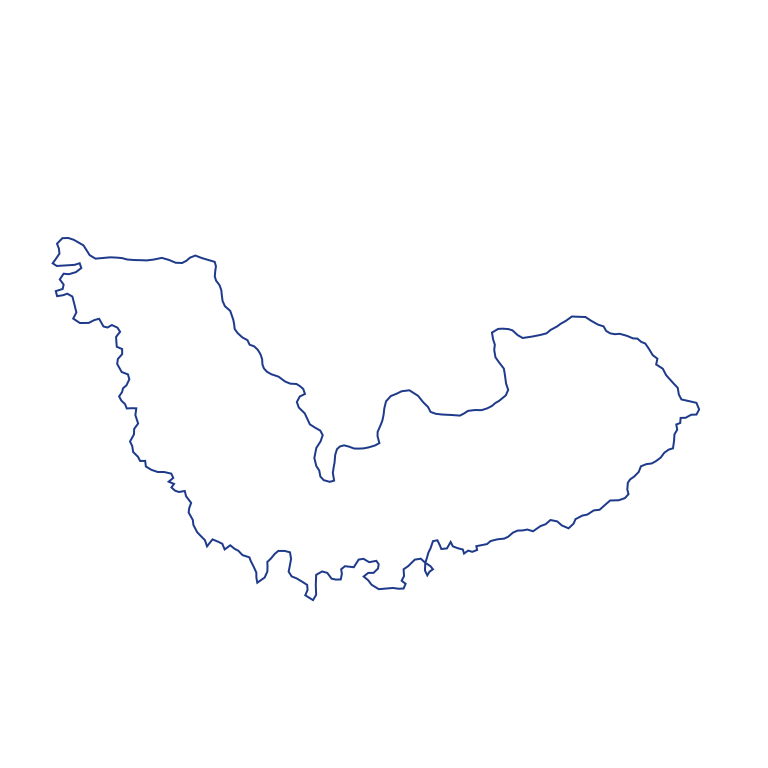 the district of Edealina, Goiás, Brazil, rotated 79°
{"feature_id": "56859067B36713629939806", "entity_name": "Edealina", "entity_type": "district", "adm_level": 2, "iso_a3": "BRA", "parent_name": "Brazil", "parent_adm1": "Goiás", "projection": "orthographic", "projection_center": [-49.745, -17.405], "detail": "fine", "context": "isolated", "style": "outline", "palette": "blue", "viewbox_px": 768, "rotation_deg": 79, "n_neighbors": 0, "source": "geoboundaries", "source_scale": "gbopen_adm2", "svg_char_len": 4930}
<svg xmlns="http://www.w3.org/2000/svg" viewBox="0 0 768 768"><g transform="rotate(79 384 384)"><path d="M469.1,79.5L462.1,80.9L458.6,88.8L455.9,95.0L450.6,96.6L443.8,96.4L438.8,99.6L429.1,105.4L422.2,107.4L416.8,113.1L411.3,110.8L407.0,114.7L399.9,117.3L394.1,119.8L391.8,123.4L387.8,126.6L386.7,130.9L383.1,136.3L379.7,143.0L379.2,147.7L377.5,152.2L374.3,155.8L369.4,157.4L366.4,162.8L361.0,169.1L356.7,173.4L355.4,179.1L353.6,186.7L356.7,193.4L358.6,199.1L360.5,203.1L362.7,210.1L365.3,214.8L365.7,221.8L365.7,229.9L365.3,239.1L361.6,243.4L355.8,247.7L353.8,251.5L352.3,257.1L351.7,261.4L354.1,268.2L360.8,268.4L366.6,267.7L371.5,269.3L379.0,269.5L384.2,267.2L391.8,263.4L398.4,263.6L407.0,264.1L413.4,263.2L418.4,266.6L422.5,274.2L424.0,278.5L426.1,282.1L427.6,287.3L428.3,293.2L426.9,299.7L426.4,306.7L428.3,311.3L429.5,315.6L427.6,322.5L426.5,326.9L425.0,333.0L423.1,338.9L420.3,343.6L414.9,345.2L409.4,349.0L402.1,352.8L395.0,360.3L394.5,368.1L396.0,373.7L397.1,379.6L401.4,385.3L408.1,388.4L413.9,390.2L419.2,392.4L423.3,394.9L429.8,399.4L434.0,400.3L441.1,399.8L442.6,404.4L443.3,411.1L443.3,416.3L442.6,421.2L441.6,425.7L438.7,430.5L436.6,434.9L436.9,439.2L439.0,442.6L444.2,445.4L451.9,447.6L455.6,449.1L461.5,451.2L469.3,451.4L469.7,455.9L466.9,461.5L462.8,464.1L456.6,464.1L451.6,466.1L443.3,466.5L433.8,462.6L428.2,457.2L422.5,453.9L417.5,455.5L413.9,459.8L409.4,464.5L397.7,467.4L390.9,472.1L385.1,473.0L380.2,469.1L378.7,463.5L373.5,464.2L370.2,466.8L367.3,469.9L365.8,475.9L362.8,480.5L356.7,486.1L352.9,492.8L349.5,496.7L345.8,498.9L341.7,499.6L336.3,498.9L331.1,499.6L326.3,501.4L322.2,504.3L319.8,508.4L314.9,509.7L311.2,514.2L305.9,518.1L301.4,520.1L296.8,519.7L292.1,519.7L282.9,521.0L277.3,525.3L271.8,526.6L267.7,526.4L260.8,525.8L255.6,526.6L250.5,529.1L246.2,529.6L241.3,528.2L236.3,526.5L231.8,526.9L229.6,531.1L225.6,538.8L221.9,544.7L223.0,550.4L225.3,554.4L226.7,559.1L225.2,565.4L221.3,571.2L217.8,578.0L217.9,586.6L217.4,593.3L215.9,599.8L214.8,605.0L212.8,612.3L210.4,617.2L208.9,622.4L207.4,628.6L206.6,636.6L205.9,643.3L201.4,648.3L190.5,652.6L183.2,661.1L180.4,666.1L179.5,671.9L183.9,678.2L189.0,677.3L194.1,677.7L199.5,683.2L202.3,686.2L205.7,682.7L207.2,671.2L208.0,664.9L207.4,659.7L212.4,659.0L215.4,665.1L216.1,672.3L214.6,677.5L219.5,682.3L225.3,679.5L229.4,681.3L230.2,688.5L235.4,688.1L235.6,682.0L234.9,677.7L238.7,673.2L245.4,672.8L255.0,672.3L260.5,676.6L266.1,670.9L267.7,662.2L266.0,656.3L265.6,651.2L274.0,648.4L275.8,644.6L274.2,639.9L277.8,634.9L282.4,633.1L286.6,638.0L291.7,638.7L296.5,639.2L299.7,634.4L304.7,635.3L308.7,640.5L313.4,642.1L322.2,639.2L325.7,633.5L330.8,633.1L336.2,637.1L338.4,641.0L342.0,642.7L345.6,646.4L350.2,645.0L354.2,642.1L358.9,641.2L359.6,636.4L360.6,631.8L367.1,634.0L375.9,632.9L380.4,637.8L385.8,639.1L392.0,644.3L396.7,643.0L402.9,643.2L408.5,639.4L413.0,638.1L413.9,633.1L419.5,633.5L423.8,628.8L427.2,622.9L428.4,616.7L431.4,609.9L436.0,608.8L438.8,614.0L442.0,609.2L445.0,612.4L448.8,609.5L450.9,605.9L451.0,600.0L456.4,599.7L463.9,596.0L468.7,598.9L472.9,600.3L481.0,597.6L486.0,598.0L493.8,595.7L498.0,593.0L503.1,589.6L509.6,588.7L503.8,582.0L507.0,577.2L510.0,573.2L516.0,572.0L513.0,565.7L517.3,562.1L519.9,558.8L524.9,555.6L528.5,549.2L532.6,548.5L536.7,547.3L540.5,546.3L544.8,545.3L549.5,546.2L554.9,546.3L551.2,538.1L545.9,534.3L540.5,533.1L536.4,532.5L533.9,528.5L529.8,523.5L527.7,519.6L528.9,513.3L531.3,508.4L538.0,508.6L545.1,511.4L550.0,513.4L555.2,511.4L558.2,506.8L562.6,501.9L566.5,497.8L571.5,498.3L576.4,501.6L582.6,494.9L577.9,490.8L568.2,489.3L558.4,487.0L556.2,480.5L558.6,475.7L565.1,472.6L566.8,468.6L567.6,463.8L562.5,461.6L557.7,461.4L555.4,457.1L558.1,448.6L551.5,442.4L551.7,437.5L556.1,432.5L556.1,425.3L559.9,423.6L564.0,425.1L567.4,430.3L566.4,435.5L569.1,440.7L573.6,437.0L578.7,434.5L584.4,428.3L585.3,419.9L585.9,414.1L587.8,408.7L588.5,403.8L584.2,400.9L580.5,404.2L576.4,401.0L569.6,400.1L567.4,395.0L562.3,387.3L562.5,381.2L567.4,377.6L563.0,375.1L558.0,372.6L554.2,369.7L547.6,365.9L547.6,361.4L552.8,360.0L556.9,359.2L557.4,353.6L551.8,348.7L556.5,347.4L559.3,342.9L561.5,338.2L565.7,337.8L563.6,333.2L565.6,329.4L564.7,324.3L560.8,324.3L560.8,319.4L560.8,313.4L558.5,309.4L558.1,302.4L558.7,295.4L557.6,291.2L554.5,285.8L553.4,280.8L554.2,275.8L554.2,271.1L557.0,265.8L555.1,261.5L553.3,257.4L552.5,252.2L549.3,246.5L551.9,240.2L556.7,236.5L560.9,230.4L557.2,224.5L553.2,221.8L551.0,214.4L551.0,209.4L548.1,202.2L548.6,196.4L545.0,190.3L541.5,184.3L542.9,175.7L542.0,169.3L538.8,165.0L534.0,165.3L527.5,163.5L524.6,160.6L522.6,156.1L518.9,150.7L513.8,147.5L512.7,141.6L513.1,136.5L511.7,132.0L509.1,126.5L504.9,121.9L502.7,116.9L502.3,112.6L495.1,110.1L488.9,108.5L484.8,104.9L479.5,104.8L478.8,100.7L473.9,99.3L474.7,94.4L472.8,88.3L473.6,83.1L469.1,79.5ZM567.4,377.6L574.9,379.4L580.1,378.0L576.9,375.1L575.2,371.3L571.5,373.3L567.4,377.6Z" fill="none" stroke="#1e3a8a" stroke-width="2"/></g></svg>